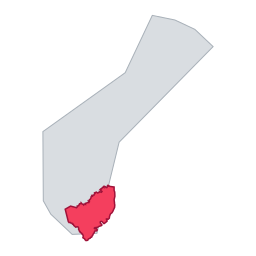 Inarajan, Guam (highlighted)
{"feature_id": "77769853B63444042999452", "entity_name": "Inarajan", "entity_type": "district", "adm_level": 2, "iso_a3": "GUM", "parent_name": "Guam", "parent_adm1": "", "projection": "mercator", "projection_center": [144.738, 13.293], "detail": "fine", "context": "in_parent", "style": "filled", "palette": "rose", "viewbox_px": 256, "rotation_deg": 0, "n_neighbors": 0, "source": "geoboundaries", "source_scale": "gbopen_adm2", "svg_char_len": 2059}
<svg xmlns="http://www.w3.org/2000/svg" viewBox="0 0 256 256"><path d="M96.9,233.3L72.2,234.4L50.8,214.2L43.3,200.8L42.9,131.6L125.2,72.7L152.3,15.4L174.9,20.0L194.9,29.4L213.1,46.6L119.1,142.2L96.9,233.3Z" fill="#d9dde1" stroke="#a8b0b8" stroke-width="1"/><path d="M65.2,209.2L68.3,221.6L69.1,222.6L70.2,222.4L70.9,223.1L72.0,223.2L72.5,224.2L73.3,224.2L73.7,225.4L75.8,227.2L77.0,226.7L78.0,226.9L78.7,228.2L78.6,229.5L79.1,230.2L79.6,231.7L80.1,231.6L80.6,232.6L81.6,233.1L81.7,233.8L82.5,234.1L83.3,236.0L82.9,237.7L83.6,238.2L83.9,238.3L84.8,239.0L84.9,239.6L86.0,240.6L87.7,240.3L88.4,239.0L90.3,238.1L90.7,237.3L91.5,237.2L91.8,236.9L92.1,236.0L92.7,235.3L93.1,234.2L94.2,232.7L94.6,231.3L94.9,231.0L95.1,231.0L95.3,230.9L96.5,230.9L97.1,230.3L97.2,229.7L97.0,229.2L96.6,228.9L94.8,228.7L94.4,228.5L94.4,228.0L94.9,227.6L95.4,227.6L97.6,227.3L99.0,226.4L101.2,225.7L101.8,225.3L101.8,224.6L100.2,222.9L100.3,221.8L100.9,221.4L101.6,221.4L102.3,221.8L103.7,223.5L104.3,223.5L107.0,221.3L107.0,220.5L106.4,219.4L106.4,219.0L106.5,219.0L107.0,218.8L107.8,219.3L108.3,219.2L109.3,218.2L109.5,216.6L109.6,216.2L110.1,214.8L110.1,214.6L110.6,213.8L111.1,213.4L111.9,212.8L112.8,211.4L113.4,210.0L114.6,207.4L114.8,205.0L114.5,203.5L114.5,202.6L114.1,199.8L114.4,198.4L114.9,196.3L114.8,193.9L114.7,192.0L114.1,190.4L114.1,188.4L114.1,187.5L114.1,187.0L108.5,186.2L108.7,185.6L107.9,185.3L107.4,185.9L107.0,187.5L106.2,187.6L105.3,186.7L104.0,186.2L103.6,186.6L103.8,187.4L103.1,187.1L102.3,187.6L101.8,188.5L100.6,189.0L100.1,189.6L100.9,189.6L100.6,190.3L102.0,191.5L101.4,192.3L99.3,191.7L99.1,192.4L97.5,193.0L96.4,192.1L94.6,192.8L95.0,193.6L94.2,194.2L94.0,195.1L91.9,195.4L92.4,196.3L91.2,196.6L90.9,198.0L90.3,199.2L89.4,199.7L89.4,201.2L88.6,201.0L89.1,202.0L88.8,202.6L87.6,202.5L86.1,203.3L85.5,203.3L85.5,204.2L85.1,203.9L84.2,204.1L83.7,205.0L83.0,204.2L82.3,204.2L81.1,202.8L81.0,203.3L79.6,203.8L79.7,204.2L78.7,205.2L78.7,205.6L77.2,206.1L77.4,206.6L76.6,207.7L70.6,206.1L65.2,209.2Z" fill="#f43f5e" stroke="#9f1239" stroke-width="1.5"/></svg>